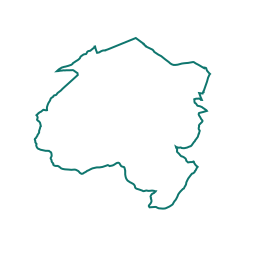 Ubate, Cundinamarca, Colombia, rotated 255°
{"feature_id": "7082276B92428342220208", "entity_name": "Ubate", "entity_type": "district", "adm_level": 2, "iso_a3": "COL", "parent_name": "Colombia", "parent_adm1": "Cundinamarca", "projection": "natural_earth1", "projection_center": [-73.82, 5.317], "detail": "fine", "context": "isolated", "style": "outline", "palette": "teal", "viewbox_px": 256, "rotation_deg": 255, "n_neighbors": 0, "source": "geoboundaries", "source_scale": "gbopen_adm2", "svg_char_len": 5717}
<svg xmlns="http://www.w3.org/2000/svg" viewBox="0 0 256 256"><g transform="rotate(255 128 128)"><path d="M215.3,116.7L214.6,116.6L214.4,116.3L214.0,115.1L212.9,112.7L212.8,112.4L212.5,111.9L212.4,111.7L212.5,110.2L212.5,109.4L212.2,108.5L211.7,108.0L211.2,107.6L210.7,107.1L210.5,106.9L210.3,106.5L210.5,105.3L210.5,104.1L210.2,103.2L209.3,100.9L209.1,100.6L207.9,99.6L207.7,99.3L207.5,99.0L206.8,97.6L206.4,96.4L206.3,95.9L205.7,94.0L205.5,93.6L205.0,91.9L204.8,91.5L204.2,90.9L203.7,89.5L203.5,86.3L203.5,83.1L203.6,82.3L203.5,79.5L202.9,77.8L202.9,77.3L202.3,75.9L201.3,74.0L201.0,75.6L200.9,77.5L200.6,78.8L200.4,80.7L200.0,81.8L199.7,83.5L198.4,88.5L198.3,89.3L198.2,89.7L198.0,90.0L197.4,90.6L195.3,92.3L194.1,93.4L192.2,93.2L188.9,86.8L183.8,76.8L182.7,74.7L181.6,72.9L180.0,69.0L178.7,67.4L178.5,66.8L178.5,66.5L178.6,65.8L178.6,65.2L178.5,64.8L178.1,64.2L177.6,63.9L177.0,62.1L176.7,61.4L176.4,61.0L175.5,60.3L174.8,59.9L172.8,57.7L171.3,56.5L169.1,55.1L167.8,54.7L166.2,54.4L166.3,53.4L166.7,52.6L167.1,51.7L167.4,51.4L167.5,51.0L167.4,50.7L166.2,48.0L166.0,46.7L165.6,45.6L165.4,45.2L165.2,45.2L164.7,44.0L164.1,42.9L163.4,43.3L161.7,43.5L160.8,43.1L159.6,42.3L159.4,42.3L159.2,42.4L158.9,42.7L158.4,42.8L157.9,43.3L157.5,43.7L156.4,44.2L155.8,44.4L152.3,44.3L151.9,43.7L151.6,43.5L150.3,42.8L148.2,41.4L146.7,41.0L146.3,40.7L144.7,38.8L144.0,38.5L143.7,38.1L143.0,37.3L142.6,36.9L142.2,36.5L142.0,36.1L141.9,35.8L141.6,35.3L141.1,35.0L140.8,35.0L139.3,35.1L138.5,34.8L138.3,34.8L137.5,35.0L136.2,35.5L135.6,35.1L134.7,34.8L132.9,35.0L132.2,35.3L131.6,35.6L131.0,36.1L130.6,36.8L129.7,37.8L127.3,42.5L126.4,45.7L125.9,46.0L124.7,47.1L124.2,47.4L123.6,47.4L122.7,47.4L121.0,47.1L120.4,46.8L119.1,45.6L118.9,45.5L118.4,45.4L118.0,45.5L117.4,45.7L116.9,45.8L115.4,45.6L114.3,45.9L113.1,46.6L112.5,46.5L112.1,46.3L111.7,46.4L111.3,46.6L110.8,47.1L110.2,48.0L109.6,50.2L108.7,51.3L108.4,51.4L108.1,51.8L106.4,52.9L106.1,53.3L105.5,54.1L105.0,55.1L104.4,56.4L103.1,60.2L102.6,61.5L102.2,62.8L101.7,65.5L101.4,66.2L101.2,66.7L100.7,67.3L99.8,68.3L99.2,68.9L98.3,69.4L97.3,69.8L95.8,71.2L95.6,72.5L96.1,73.9L96.4,75.3L96.8,76.7L97.0,77.0L97.2,77.5L97.3,78.8L97.8,80.9L98.2,83.2L98.1,86.3L98.0,87.8L97.6,89.2L97.3,90.4L97.1,92.3L97.0,93.3L97.2,96.7L97.4,98.8L97.1,99.3L96.3,100.1L96.0,100.3L95.9,101.8L95.8,103.0L95.9,104.1L96.2,105.3L97.0,107.7L97.1,108.3L97.0,109.6L96.5,110.3L96.1,110.6L93.3,111.4L92.6,111.9L91.2,114.1L90.5,114.3L88.8,114.3L87.1,114.2L86.7,114.0L85.4,113.7L84.0,113.3L81.9,113.1L80.3,113.1L78.8,113.4L77.3,114.0L75.1,115.9L73.7,117.5L73.3,117.8L72.5,118.7L71.4,119.3L70.2,119.6L68.9,119.5L67.9,119.8L67.1,120.6L65.6,123.0L63.8,125.6L63.2,126.2L63.0,126.6L62.9,127.3L62.9,128.3L62.9,129.4L62.8,129.8L62.0,131.3L61.7,132.7L61.6,133.3L61.3,135.1L60.6,136.8L59.8,138.0L59.7,138.4L59.5,138.2L59.0,136.9L58.6,136.5L58.5,136.0L58.2,134.6L58.1,134.2L57.6,133.4L56.4,132.3L55.9,132.0L55.4,132.0L54.9,132.1L54.4,132.2L53.8,131.8L52.5,132.0L51.1,131.7L50.3,131.2L49.7,130.7L48.6,129.4L47.9,128.3L47.7,128.1L47.0,127.9L45.8,128.3L44.9,132.9L44.7,134.0L44.4,134.7L43.4,135.7L42.5,136.9L41.1,140.8L40.8,142.3L40.7,143.3L40.8,144.2L41.4,147.7L42.2,150.2L42.7,151.4L44.2,152.8L45.3,154.0L45.8,154.8L46.6,155.8L48.3,157.4L49.5,158.4L50.3,158.9L50.9,159.4L52.1,160.8L53.1,162.2L54.4,164.4L54.9,165.2L55.1,166.3L56.9,167.8L57.3,168.4L58.6,169.5L60.4,170.3L61.0,170.8L62.3,171.9L63.2,172.7L63.8,173.3L66.3,176.5L67.3,177.9L67.4,179.1L67.6,179.8L68.3,181.0L69.1,181.5L69.2,181.8L69.7,182.5L71.6,184.1L72.0,184.6L72.4,185.2L73.3,184.6L74.3,183.9L75.5,183.4L77.4,182.8L78.0,182.9L78.5,182.8L78.7,182.6L78.7,182.3L78.5,181.7L78.5,181.2L79.0,179.1L79.2,177.1L81.0,176.0L81.4,175.8L82.5,175.9L83.1,175.8L83.7,175.6L85.5,174.2L86.5,173.0L86.8,172.3L87.1,172.0L88.6,171.2L90.0,170.6L92.1,169.3L92.5,169.3L93.0,169.3L94.1,169.8L94.9,169.9L96.1,169.5L96.9,169.4L97.5,169.4L96.9,169.9L96.6,170.6L96.4,170.9L96.2,171.3L95.8,171.9L95.6,173.5L95.5,174.0L94.8,174.6L94.6,175.1L94.0,176.8L93.9,177.7L93.8,179.9L94.2,182.8L94.2,183.9L94.4,184.2L94.7,184.9L97.3,188.0L98.0,189.2L98.9,189.9L99.1,190.2L99.3,190.6L100.1,191.5L101.0,192.7L101.5,193.2L102.1,193.6L103.7,194.5L103.9,194.6L104.1,195.1L104.5,195.3L104.9,195.4L106.4,196.4L107.0,196.6L108.2,196.1L109.0,196.1L109.9,196.4L110.3,196.6L110.8,197.0L111.8,197.1L112.3,197.4L112.7,197.7L113.8,199.5L114.3,200.5L114.8,201.2L115.2,201.6L115.5,201.8L116.0,201.8L117.7,201.0L119.9,200.5L121.7,199.9L123.0,199.8L124.0,200.4L124.1,201.3L124.0,204.6L124.1,208.6L124.9,208.3L125.6,207.7L127.5,206.1L128.0,205.6L129.1,204.8L130.4,203.1L131.2,201.5L131.4,201.1L131.7,200.8L132.2,200.6L133.7,200.1L134.4,199.7L135.1,199.0L136.2,199.0L137.9,199.4L138.6,199.4L138.7,199.9L138.6,200.4L138.7,201.1L138.7,201.5L138.5,202.2L138.3,203.0L138.1,203.8L138.1,204.0L137.2,205.4L136.3,205.7L136.0,206.6L137.4,206.4L137.8,206.4L138.9,206.1L140.1,206.1L143.3,205.8L142.0,209.0L143.3,209.9L143.6,210.1L143.4,210.4L143.8,210.5L152.3,216.3L155.9,218.4L158.8,220.8L159.0,221.2L160.5,220.3L162.9,219.2L164.1,219.0L165.4,219.0L165.7,218.9L166.0,218.6L166.5,217.6L166.1,217.5L165.9,217.2L170.7,212.5L172.9,210.1L174.3,208.9L174.7,208.4L174.9,207.7L175.3,203.0L176.0,199.1L176.3,196.7L176.3,192.5L176.6,190.4L177.1,188.4L178.0,187.0L179.4,185.6L181.1,184.5L184.8,181.6L188.8,178.7L191.0,176.3L194.2,173.5L195.0,172.9L196.0,172.7L197.3,172.0L202.2,166.3L202.5,166.5L202.9,166.2L203.9,165.5L204.9,164.7L205.3,165.0L206.5,163.9L212.9,158.8L209.5,131.7L209.1,128.4L209.0,125.8L208.9,125.8L209.3,124.0L209.3,123.3L209.1,121.9L208.5,119.7L208.6,117.6L209.2,117.5L210.0,117.5L211.2,117.3L212.4,117.3L213.0,117.2L215.2,117.3L215.3,117.3L215.3,117.1L215.3,116.7Z" fill="none" stroke="#0f766e" stroke-width="2"/></g></svg>